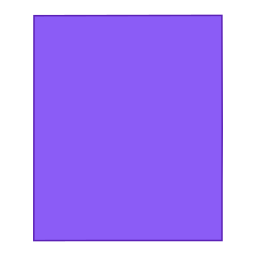 Waseca, Minnesota, United States of America (Robinson projection)
{"feature_id": "52423323B56333965571995", "entity_name": "Waseca", "entity_type": "district", "adm_level": 2, "iso_a3": "USA", "parent_name": "United States of America", "parent_adm1": "Minnesota", "projection": "robinson", "projection_center": [-93.527, 44.022], "detail": "fine", "context": "isolated", "style": "filled", "palette": "violet", "viewbox_px": 256, "rotation_deg": 0, "n_neighbors": 0, "source": "geoboundaries", "source_scale": "gbopen_adm2", "svg_char_len": 244}
<svg xmlns="http://www.w3.org/2000/svg" viewBox="0 0 256 256"><path d="M221.9,15.4L160.2,15.5L159.3,15.5L34.0,15.7L33.8,240.6L96.1,240.5L222.0,240.5L222.0,184.3L222.2,128.2L221.9,15.4Z" fill="#8b5cf6" stroke="#5b21b6" stroke-width="1.5"/></svg>